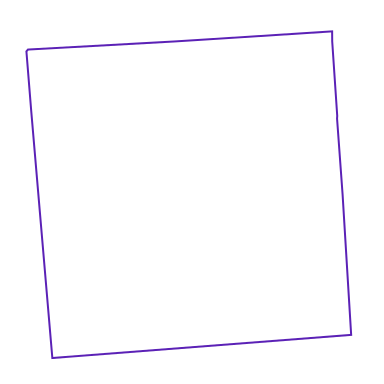 Wise, Texas, United States of America (Albers equal-area conic projection), rotated 265°
{"feature_id": "52423323B38394143035791", "entity_name": "Wise", "entity_type": "district", "adm_level": 2, "iso_a3": "USA", "parent_name": "United States of America", "parent_adm1": "Texas", "projection": "albers", "projection_center": [-97.568, 33.212], "detail": "fine", "context": "isolated", "style": "outline", "palette": "violet", "viewbox_px": 384, "rotation_deg": 265, "n_neighbors": 0, "source": "geoboundaries", "source_scale": "gbopen_adm2", "svg_char_len": 314}
<svg xmlns="http://www.w3.org/2000/svg" viewBox="0 0 384 384"><g transform="rotate(265 192 192)"><path d="M38.8,38.4L35.8,338.1L176.5,341.8L252.5,342.9L255.1,343.3L329.9,344.8L339.8,345.6L342.9,212.1L343.5,187.6L348.2,41.0L346.5,39.3L288.1,38.9L38.8,38.4Z" fill="none" stroke="#5b21b6" stroke-width="2"/></g></svg>